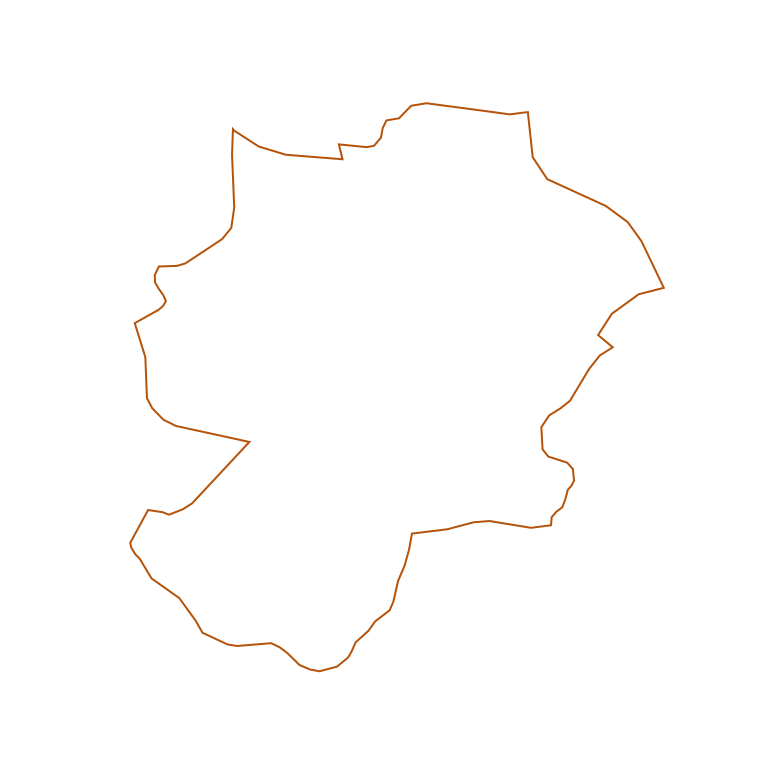 Luxembourg, Albers equal-area conic projection, rotated 191°
{"feature_id": "LUX-908", "entity_name": "Luxembourg", "entity_type": "District", "adm_level": 1, "iso_a3": "LUX", "parent_name": "Luxembourg", "parent_adm1": "", "projection": "albers", "projection_center": [6.069, 49.636], "detail": "fine", "context": "isolated", "style": "outline", "palette": "amber", "viewbox_px": 768, "rotation_deg": 191, "n_neighbors": 0, "source": "natural_earth", "source_scale": "10m", "svg_char_len": 1396}
<svg xmlns="http://www.w3.org/2000/svg" viewBox="0 0 768 768"><g transform="rotate(191 384 384)"><path d="M127.7,531.8L151.1,520.7L173.7,496.5L183.2,472.9L166.5,463.7L177.6,453.2L185.5,438.0L198.2,403.1L206.0,393.9L215.8,384.8L221.3,371.7L215.9,350.1L208.8,344.1L189.1,341.7L182.4,336.6L179.0,325.5L180.5,320.1L183.4,315.2L184.0,305.4L185.5,297.0L190.3,291.6L194.0,285.3L193.1,277.2L212.2,270.9L254.5,269.6L269.5,265.4L294.1,253.5L328.0,242.5L327.8,226.4L329.1,209.8L332.6,193.4L333.3,171.9L335.3,163.0L347.4,149.3L352.3,138.6L362.5,125.1L364.9,114.9L367.1,108.6L376.2,97.6L392.5,89.7L401.9,89.6L413.3,92.0L427.5,101.4L436.3,105.7L445.4,108.0L478.2,98.8L487.9,98.5L514.7,105.2L523.7,115.7L544.0,134.7L575.1,148.8L590.7,166.1L595.4,169.2L600.9,175.2L602.8,179.7L591.5,215.3L576.9,215.9L570.1,214.7L557.6,222.6L549.6,230.2L505.1,301.4L580.2,303.1L593.6,306.8L606.9,316.0L614.0,324.9L623.4,364.8L640.3,396.2L619.8,413.5L615.8,418.4L613.9,423.8L617.7,429.2L623.0,434.2L628.1,440.0L629.8,447.2L627.4,456.4L609.6,460.5L602.1,464.4L570.6,495.3L563.7,508.1L564.7,528.7L576.9,580.0L580.9,605.3L579.2,604.0L552.2,593.2L524.2,590.3L467.6,596.7L474.0,610.6L446.2,613.2L439.2,616.0L434.0,625.3L434.1,635.0L431.9,643.2L420.0,647.7L410.4,662.3L395.9,667.7L311.9,672.7L294.7,678.4L281.3,635.0L262.8,616.2L200.3,601.1L175.6,589.4L158.4,573.2L127.7,531.8Z" fill="none" stroke="#b45309" stroke-width="2"/></g></svg>